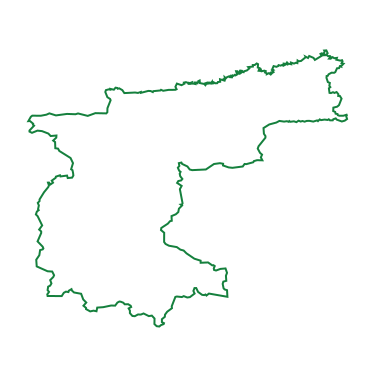 outline of Morona, Morona Santiago, Ecuador, rotated 266°
{"feature_id": "8360857B55598712606622", "entity_name": "Morona", "entity_type": "district", "adm_level": 2, "iso_a3": "ECU", "parent_name": "Ecuador", "parent_adm1": "Morona Santiago", "projection": "equal_earth", "projection_center": [-78.014, -2.429], "detail": "fine", "context": "isolated", "style": "outline", "palette": "green", "viewbox_px": 384, "rotation_deg": 266, "n_neighbors": 0, "source": "geoboundaries", "source_scale": "gbopen_adm2", "svg_char_len": 5995}
<svg xmlns="http://www.w3.org/2000/svg" viewBox="0 0 384 384"><g transform="rotate(266 192 192)"><path d="M85.0,220.0L91.6,220.1L92.5,217.8L93.7,216.8L98.2,216.2L100.4,217.0L101.0,220.0L106.1,220.0L108.9,221.3L113.4,220.1L113.3,215.0L112.0,210.5L112.7,208.6L114.3,208.4L116.5,209.5L117.5,208.3L117.4,207.1L120.6,203.1L120.8,195.7L122.9,195.8L125.3,189.7L131.2,182.2L134.2,179.6L135.3,176.4L138.1,173.0L140.0,165.3L142.0,162.0L144.1,160.7L153.3,161.4L156.2,158.4L158.3,158.9L162.1,165.7L164.4,168.0L164.7,169.8L169.4,169.9L170.9,174.3L172.9,176.9L176.3,177.8L179.2,181.1L180.2,180.0L180.3,181.2L181.4,181.8L195.7,180.1L198.8,182.1L202.1,177.8L203.9,179.1L204.3,182.0L205.7,183.3L208.5,181.4L211.1,181.0L212.9,182.0L214.1,180.7L217.2,179.6L218.9,181.2L221.7,180.9L222.1,183.5L220.7,184.1L217.8,189.2L214.6,191.3L213.8,193.7L213.5,207.4L218.4,215.9L218.8,221.9L218.0,225.0L216.3,224.8L214.0,230.2L213.3,234.0L213.9,244.4L216.3,246.4L216.0,248.1L217.4,255.2L218.5,255.9L219.2,259.1L218.7,264.4L221.7,263.1L224.4,264.5L226.3,262.6L230.7,260.6L233.0,261.6L241.0,269.0L242.6,269.2L245.1,267.8L250.8,267.8L254.0,273.8L255.4,281.0L256.8,284.1L255.8,288.8L256.0,291.6L255.3,293.3L256.0,294.0L255.2,294.9L255.4,298.6L254.4,301.0L255.7,303.3L254.7,305.3L255.1,307.1L254.3,309.3L254.9,311.3L254.8,314.0L253.8,317.9L254.7,321.8L253.9,322.6L255.5,324.5L254.7,325.7L255.0,329.3L254.4,332.4L255.0,333.5L253.9,334.6L253.7,337.4L254.7,338.0L255.4,340.5L254.1,341.4L251.9,346.4L252.5,349.3L254.0,351.8L256.9,351.1L257.7,351.8L258.3,351.6L257.5,348.2L257.8,344.3L258.5,342.8L259.6,342.6L260.1,340.7L261.9,340.4L262.9,338.5L266.3,338.9L267.0,342.8L268.4,344.7L274.7,347.7L277.5,346.2L277.6,344.6L279.4,344.8L281.6,343.2L280.9,341.0L281.7,339.6L281.0,337.5L281.3,336.1L285.9,335.8L287.0,337.3L288.4,336.4L291.2,337.1L292.2,335.2L296.5,334.1L298.3,334.4L298.4,335.5L299.9,336.5L301.3,339.6L301.0,342.1L301.6,343.3L305.3,345.3L305.3,347.3L307.1,348.3L306.8,349.1L307.4,348.8L307.7,350.3L309.4,352.1L310.0,350.2L311.9,351.3L313.0,350.9L312.7,349.1L313.9,345.2L315.7,345.9L315.5,343.3L316.7,341.7L315.3,339.6L315.5,338.1L317.3,339.7L318.0,339.1L318.0,337.3L319.5,335.5L321.0,337.0L323.9,335.9L323.9,333.8L323.0,334.2L320.7,332.9L321.3,331.0L320.8,329.8L320.2,330.1L320.0,333.8L319.2,333.9L319.3,331.8L315.2,323.8L317.3,322.6L319.5,318.4L317.6,317.1L319.1,314.7L318.6,314.9L315.1,309.9L315.0,307.5L315.8,306.5L313.2,306.1L313.7,304.7L313.0,302.7L314.2,299.8L312.5,299.9L313.3,297.3L312.0,295.7L313.5,296.6L314.6,295.8L313.2,294.7L313.7,292.5L312.7,292.5L312.4,293.8L311.6,291.9L312.7,291.5L311.9,289.2L312.5,287.2L311.6,286.7L311.0,284.9L311.9,282.2L309.1,280.7L308.1,281.7L307.8,280.4L305.9,281.7L305.1,280.2L306.2,278.6L304.4,279.5L303.7,278.7L305.2,277.0L304.3,274.8L305.2,274.9L306.1,273.2L307.4,274.0L308.0,272.7L307.6,269.8L309.7,269.1L309.4,268.4L308.0,268.7L308.3,266.9L310.9,268.0L311.6,266.3L314.9,266.8L315.7,265.5L314.3,263.4L314.4,261.5L312.9,261.5L312.7,256.8L311.3,257.8L309.4,255.2L308.8,252.4L307.9,251.9L308.6,250.0L309.4,250.2L309.8,248.5L308.5,247.5L307.5,249.3L306.6,247.8L307.0,246.2L308.3,246.9L308.3,245.2L309.3,245.4L309.4,244.4L306.1,245.2L305.3,243.6L305.9,242.9L305.0,241.6L305.9,239.8L305.2,240.6L303.6,239.9L303.8,238.7L304.7,239.7L305.3,239.0L304.6,238.4L304.9,237.3L304.1,234.9L303.1,233.8L304.3,232.6L302.9,232.7L302.4,231.5L301.8,232.7L300.8,232.3L302.5,227.8L300.0,227.8L299.9,225.5L298.8,224.8L298.8,223.0L300.0,221.1L298.9,220.9L298.8,219.2L300.3,219.4L299.1,218.3L299.9,217.5L300.1,215.0L299.8,213.9L299.0,215.4L298.9,213.8L297.6,212.8L298.9,211.8L300.1,207.5L302.7,207.4L302.1,206.0L301.3,206.0L301.6,205.0L300.8,205.8L300.6,204.8L300.0,204.8L300.0,203.8L300.9,203.9L301.0,202.3L299.5,202.7L300.5,199.3L301.4,199.5L301.1,198.6L300.3,198.7L300.9,197.1L300.0,197.2L300.1,196.0L301.2,195.5L302.0,193.6L301.7,191.6L300.6,192.0L299.3,189.0L301.2,184.5L298.1,182.8L295.6,183.8L295.1,182.5L295.5,175.7L295.0,170.3L296.1,168.2L295.5,167.5L295.3,160.5L294.4,159.9L295.6,157.8L295.9,155.5L294.5,148.0L295.4,148.0L294.6,145.0L295.2,142.2L295.4,131.4L298.5,129.6L300.5,126.6L300.2,125.1L301.0,124.7L301.4,123.0L299.5,121.2L300.6,117.6L299.8,117.6L300.2,116.0L299.6,113.2L297.8,112.5L292.5,114.2L290.5,116.8L289.2,117.2L281.5,113.5L277.5,113.1L276.4,112.0L277.4,101.1L275.2,93.3L278.3,83.8L277.7,81.2L278.6,72.8L277.9,61.6L280.4,55.2L279.3,52.2L278.6,46.4L279.3,38.0L278.3,36.5L274.1,33.7L274.1,35.3L271.2,38.3L270.3,38.0L269.2,39.1L264.7,34.2L263.6,34.1L262.2,36.5L264.0,42.1L263.2,46.6L260.3,52.8L257.7,54.9L257.8,60.7L255.7,60.4L253.0,57.1L251.4,58.9L245.2,58.7L244.6,61.4L242.2,62.5L234.4,73.2L229.1,75.3L223.1,73.0L222.1,74.3L219.1,74.7L216.7,74.8L214.7,73.4L214.6,69.0L217.1,68.5L216.7,61.9L217.9,61.5L216.8,57.3L215.6,56.9L213.1,52.9L211.0,54.0L209.4,51.3L211.4,50.0L211.4,49.0L208.6,49.8L206.9,48.9L202.1,44.4L195.2,39.4L193.6,39.3L191.9,37.4L189.3,38.3L185.5,37.2L184.6,37.8L183.3,35.9L180.5,34.7L178.7,36.3L169.1,40.2L165.2,36.9L163.2,38.8L161.6,38.7L153.5,34.5L147.9,39.2L146.1,39.8L145.2,39.1L144.6,36.4L139.6,35.3L135.3,31.9L128.6,31.9L123.0,42.4L122.4,47.0L118.6,48.6L116.9,47.7L114.0,44.4L110.6,45.4L108.5,44.0L107.6,41.9L104.2,41.1L102.3,42.4L100.0,40.5L98.3,40.7L97.3,54.8L100.4,57.1L101.4,59.3L100.8,61.7L102.1,62.2L103.5,65.0L102.0,65.4L100.0,67.3L98.2,74.3L92.4,76.0L89.1,78.8L86.1,75.8L83.8,78.2L82.6,78.1L80.0,82.1L80.5,85.5L79.7,88.4L83.3,89.4L83.3,95.4L84.4,103.4L84.0,107.4L86.9,109.9L87.8,111.9L87.5,113.3L86.3,115.8L84.7,117.0L84.5,120.5L82.8,122.9L81.5,123.3L80.3,120.7L78.0,121.8L75.5,121.6L72.5,123.9L72.1,126.3L73.6,129.6L73.3,132.4L74.2,135.2L71.2,140.3L71.5,143.3L68.4,145.8L62.9,145.3L60.6,147.4L60.1,150.0L61.4,151.8L62.2,154.5L63.1,154.9L64.3,152.9L67.2,153.1L69.4,156.2L71.5,156.5L74.3,158.9L77.5,163.9L79.4,163.8L88.5,168.1L88.8,169.6L87.9,174.6L88.7,176.5L87.1,179.9L87.3,182.6L90.5,187.5L93.2,186.5L96.0,187.8L95.9,189.5L91.9,191.1L88.7,194.9L88.3,197.0L88.8,198.3L87.7,199.2L89.5,201.8L85.0,220.0Z" fill="none" stroke="#15803d" stroke-width="2"/></g></svg>